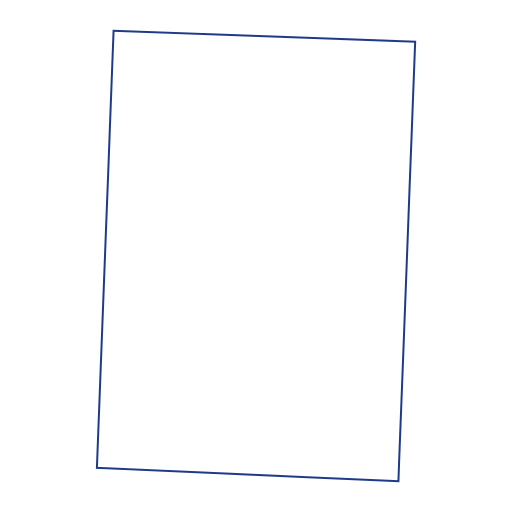 Guatraché, La Pampa, Argentina, rotated 272°
{"feature_id": "61730980B9884818603028", "entity_name": "Guatraché", "entity_type": "district", "adm_level": 2, "iso_a3": "ARG", "parent_name": "Argentina", "parent_adm1": "La Pampa", "projection": "robinson", "projection_center": [-63.774, -37.483], "detail": "fine", "context": "isolated", "style": "outline", "palette": "blue", "viewbox_px": 512, "rotation_deg": 272, "n_neighbors": 0, "source": "geoboundaries", "source_scale": "gbopen_adm2", "svg_char_len": 433}
<svg xmlns="http://www.w3.org/2000/svg" viewBox="0 0 512 512"><g transform="rotate(272 256 256)"><path d="M38.7,104.4L38.7,111.8L36.9,296.1L36.7,314.1L36.2,371.5L35.9,406.2L55.8,406.2L162.0,406.6L289.6,407.0L330.9,407.1L380.6,407.3L417.8,407.4L474.7,407.6L475.7,407.6L476.1,113.2L476.1,105.8L475.2,105.8L380.9,105.5L335.5,105.4L288.1,105.2L226.3,105.0L42.5,104.4L38.7,104.4Z" fill="none" stroke="#1e3a8a" stroke-width="2"/></g></svg>